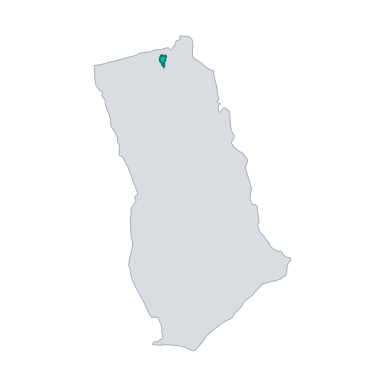 Bolgatanga Municipal, Upper East, Ghana shown in context, rotated 346°
{"feature_id": "2480657B19364380807593", "entity_name": "Bolgatanga Municipal", "entity_type": "district", "adm_level": 2, "iso_a3": "GHA", "parent_name": "Ghana", "parent_adm1": "Upper East", "projection": "equal_earth", "projection_center": [-0.942, 10.748], "detail": "fine", "context": "in_parent", "style": "filled", "palette": "teal", "viewbox_px": 384, "rotation_deg": 346, "n_neighbors": 0, "source": "geoboundaries", "source_scale": "gbopen_adm2", "svg_char_len": 4579}
<svg xmlns="http://www.w3.org/2000/svg" viewBox="0 0 384 384"><g transform="rotate(346 192 192)"><path d="M226.2,40.1L228.5,43.0L229.0,44.7L228.2,50.9L226.5,55.3L225.5,59.3L225.6,61.4L226.6,63.4L230.1,66.6L231.9,68.7L234.0,71.9L236.4,74.9L240.5,79.0L242.3,79.7L242.2,80.8L241.6,82.3L241.3,97.3L241.0,101.2L240.7,103.1L240.3,108.7L239.9,109.5L239.1,109.5L238.4,109.7L238.2,110.8L238.5,111.9L241.0,112.7L240.4,113.6L238.6,114.4L237.7,116.0L238.1,118.0L237.1,119.5L237.4,120.5L238.0,121.3L239.1,121.0L242.0,118.4L243.2,118.2L244.7,118.7L247.5,122.6L247.6,124.6L246.5,131.2L245.4,136.3L245.2,143.0L246.4,146.9L246.2,149.0L245.0,150.8L242.1,153.4L242.3,155.2L243.6,158.5L246.1,162.3L250.8,166.9L253.3,172.9L253.4,175.3L251.9,177.8L250.2,179.9L249.7,183.0L250.5,203.1L246.7,211.8L246.7,214.3L247.1,217.2L248.1,219.0L250.0,219.5L251.6,221.1L251.0,227.3L250.2,233.6L250.1,236.6L249.6,238.0L248.1,239.2L247.6,241.2L248.0,243.6L247.7,245.4L248.5,247.7L250.2,250.7L253.0,257.9L254.0,258.5L254.5,260.0L254.2,261.4L255.3,264.6L258.3,267.8L261.6,270.6L264.2,271.0L264.8,273.5L266.5,276.7L267.8,278.1L269.7,279.0L271.4,279.5L271.4,282.2L268.5,284.0L266.5,286.8L265.0,291.0L262.9,295.7L255.7,298.1L253.0,298.1L238.2,298.2L224.3,307.4L216.4,310.6L211.5,315.8L204.9,319.4L200.3,323.9L190.7,326.0L175.0,333.0L170.1,335.8L165.1,340.6L157.0,346.3L153.9,346.2L147.5,340.9L142.8,338.3L131.1,334.2L122.5,332.6L118.3,330.8L117.1,330.5L118.1,328.6L120.5,328.5L123.1,329.1L125.0,327.6L127.8,327.4L128.6,325.9L128.8,322.1L128.8,319.0L129.8,317.6L130.0,313.9L128.6,305.8L127.6,304.9L122.6,303.8L122.2,302.1L121.3,300.5L120.3,296.3L119.2,290.1L117.5,282.4L114.1,269.7L113.3,265.2L112.7,260.6L112.6,255.2L113.3,253.1L113.2,250.3L112.9,247.5L115.3,241.1L120.0,233.2L121.0,230.3L121.9,228.3L122.0,225.5L122.8,216.3L125.1,205.2L126.5,201.0L127.5,198.7L128.6,195.0L128.9,193.3L133.3,188.9L135.2,187.7L135.7,186.0L135.0,184.1L135.3,182.9L136.4,182.2L137.9,181.7L139.1,179.9L137.3,166.2L135.9,152.6L135.8,151.4L134.9,149.5L134.0,143.9L132.6,140.6L130.5,139.6L130.6,136.5L132.6,131.3L133.2,128.2L132.2,127.3L132.0,124.9L132.8,121.0L132.4,118.6L132.0,116.1L129.9,110.1L129.4,105.9L130.5,103.5L130.5,98.0L129.3,89.7L129.2,84.5L130.0,82.3L129.6,80.2L128.0,78.2L127.9,76.3L129.3,74.4L129.1,72.9L127.5,71.9L126.0,69.3L124.7,65.3L125.0,58.7L127.5,46.8L127.8,45.8L130.5,45.8L130.6,46.3L139.2,46.2L149.1,46.1L160.9,45.9L171.6,45.8L172.1,45.3L173.9,44.6L184.7,45.8L191.5,45.2L194.4,45.6L196.5,46.4L201.2,45.9L203.7,46.2L205.5,49.2L206.3,49.2L207.4,47.9L209.2,46.5L211.1,45.3L212.5,43.0L213.3,41.2L214.6,41.6L216.3,41.5L217.5,40.0L218.0,37.7L226.2,40.1Z" fill="#d9dde1" stroke="#a8b0b8" stroke-width="1"/><path d="M199.9,53.9L199.8,53.6L199.8,53.4L199.7,53.3L199.4,53.2L199.2,53.1L199.0,52.9L198.8,53.0L198.7,53.0L198.4,52.9L198.0,52.9L197.9,52.9L197.8,53.0L197.7,53.3L197.6,53.1L197.5,52.9L197.4,52.9L197.2,52.7L196.9,52.5L196.6,52.3L196.4,52.1L196.2,51.9L196.1,52.0L196.0,51.9L195.9,51.7L195.7,51.6L195.4,51.7L195.4,51.8L195.4,52.0L195.2,52.1L195.2,52.3L195.0,52.5L194.9,52.6L195.0,52.7L194.9,52.7L194.9,52.8L194.8,52.7L194.8,52.8L194.7,52.8L194.4,52.8L194.2,52.8L194.1,53.0L193.9,53.3L193.7,53.4L193.7,53.5L193.6,53.8L193.6,53.7L193.5,53.8L193.5,53.7L193.4,53.8L193.4,54.0L193.2,54.1L193.2,54.3L193.2,54.5L193.1,54.9L193.0,55.0L192.9,55.1L192.8,55.3L192.9,55.5L193.0,55.5L193.0,55.8L192.9,55.8L192.8,56.0L192.7,56.0L192.8,56.2L192.7,56.3L192.7,56.8L192.5,57.0L192.5,57.3L192.6,57.5L192.5,57.8L192.6,58.0L192.8,58.3L192.7,58.3L192.7,58.5L192.8,58.7L193.0,58.8L193.1,58.6L193.3,58.5L193.4,58.8L193.4,59.0L193.5,59.1L193.8,59.3L194.0,59.3L194.3,59.5L194.5,59.7L194.4,59.8L194.2,60.0L194.0,60.4L194.2,60.5L193.9,60.8L193.7,60.7L193.7,60.8L193.6,61.0L193.8,61.0L193.8,61.4L193.7,61.5L193.8,61.7L193.9,61.8L194.0,61.8L194.1,62.0L194.1,62.3L194.3,62.4L194.3,62.5L194.4,62.8L194.6,62.8L194.7,63.1L194.7,63.3L194.6,63.6L194.8,63.7L194.9,63.9L195.0,63.9L195.0,64.0L195.1,63.9L195.3,63.7L195.5,63.4L195.6,63.5L195.7,63.4L195.7,63.2L195.8,63.0L195.8,62.9L195.7,62.8L195.9,62.7L196.0,62.7L196.0,62.4L196.0,62.2L196.0,61.9L196.0,61.7L196.1,61.4L196.2,61.2L196.3,61.1L196.3,60.9L196.3,60.7L196.5,60.6L196.5,60.4L196.4,60.3L196.5,60.2L196.5,59.9L196.5,59.7L196.5,59.4L196.6,59.2L196.6,59.3L196.7,59.2L196.8,59.1L196.8,58.9L197.0,58.7L197.3,58.5L197.3,58.4L197.3,58.2L197.5,58.2L197.8,58.2L197.9,58.3L198.0,58.2L198.3,58.0L198.2,57.6L198.1,57.2L198.1,56.9L198.3,56.8L198.6,56.2L199.0,55.4L199.2,55.1L199.3,55.0L199.6,54.9L199.7,54.7L199.8,54.6L199.8,54.4L199.8,54.2L199.9,53.9Z" fill="#14b8a6" stroke="#0f766e" stroke-width="1.5"/></g></svg>